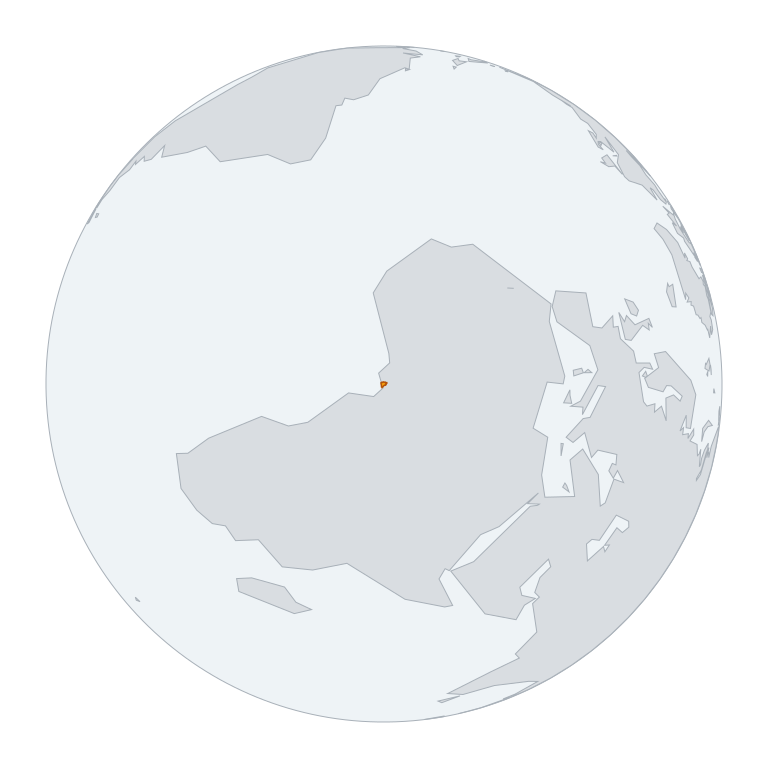 Akwa Ibom highlighted on a globe, orthographic projection, rotated 85°
{"feature_id": "NGA-2842", "entity_name": "Akwa Ibom", "entity_type": "State", "adm_level": 1, "iso_a3": "NGA", "parent_name": "Nigeria", "parent_adm1": "", "projection": "orthographic", "projection_center": [7.82, 5.014], "detail": "fine", "context": "on_globe", "style": "filled", "palette": "amber", "viewbox_px": 768, "rotation_deg": 85, "n_neighbors": 0, "source": "natural_earth", "source_scale": "10m", "svg_char_len": 8912}
<svg xmlns="http://www.w3.org/2000/svg" viewBox="0 0 768 768"><g transform="rotate(85 384 384)"><circle cx="384" cy="384" r="338" fill="#eef3f6" stroke="#a8b0b8"/><path d="M262.7,68.6L265.9,67.4L271.3,65.4L274.2,64.4L278.4,63.0L280.4,62.4L271.0,65.7L268.6,66.5L266.9,67.2L261.3,69.3L265.2,67.9L253.6,72.6L268.0,67.3L261.1,70.6L252.6,74.0L249.8,74.4L231.3,82.6L262.7,68.6ZM200.2,100.5L190.9,107.7L181.9,114.2L172.5,122.4L179.0,117.8L188.7,110.1L198.6,104.8L209.3,97.0L214.9,94.2L227.4,86.9L229.3,87.5L224.4,92.5L214.1,99.0L211.7,101.8L224.6,95.9L208.4,109.5L203.0,122.1L198.4,126.3L183.8,132.3L176.0,130.4L157.1,142.4L173.1,134.7L161.3,147.1L161.0,149.6L163.9,149.6L169.8,145.2L166.6,150.0L149.5,158.3L152.2,154.0L157.6,151.1L153.8,150.8L142.2,158.3L137.2,165.0L125.0,172.5L121.2,177.8L116.5,183.0L123.3,173.8L110.8,191.0L95.7,208.8L78.4,241.5L91.3,215.3L92.3,213.4L106.4,191.3L122.2,170.3L139.6,150.6L158.5,132.4L178.7,115.6L200.2,100.5ZM58.1,294.6L57.0,298.9L58.1,294.6ZM51.4,324.2L50.2,331.4L51.2,329.1L51.4,336.2L55.1,323.0L59.5,316.7L55.9,336.2L61.2,319.2L61.6,329.4L72.6,331.5L70.8,335.7L79.5,361.4L94.7,374.4L98.2,389.5L95.8,398.1L102.4,401.7L102.6,407.6L134.0,420.7L154.3,437.5L156.6,458.0L145.2,479.9L148.3,527.8L131.5,540.8L136.2,559.7L138.7,585.7L127.3,581.7L139.9,596.3L141.2,603.5L136.4,602.9L143.6,612.4L140.4,611.7L148.3,618.7L155.3,629.6L167.4,640.2L175.6,648.8L183.7,654.9L182.4,654.3L184.1,656.0L188.4,659.1L178.8,652.5L162.3,639.0L155.6,632.8L153.5,631.1L137.8,614.5L140.1,617.5L117.7,590.8L103.7,569.1L72.9,503.6L67.1,489.7L59.0,472.2L48.1,420.5L46.7,400.8L46.2,390.9L48.2,364.0L50.4,337.3L50.5,333.1L48.8,342.4L49.7,334.5L51.4,324.2ZM71.1,256.3L73.3,252.6L70.1,271.2L67.1,271.8L68.6,269.0L70.4,261.7L72.1,254.6L71.1,256.5L71.1,256.3ZM82.7,235.4L82.8,233.7L83.3,234.0L82.7,235.4ZM225.5,87.2L226.4,87.0L223.6,88.4L225.5,87.2ZM230.1,84.4L226.2,86.1L227.8,85.1L230.2,84.0L230.1,84.4ZM234.5,82.6L231.1,83.1L234.0,81.5L245.4,76.3L234.5,82.6ZM291.9,58.9L292.8,58.6L288.9,59.7L281.1,62.1L291.9,58.9ZM287.7,60.1L293.8,58.5L291.0,59.5L282.0,61.9L287.7,60.1ZM284.8,63.3L284.2,62.8L289.1,61.1L284.8,63.3ZM296.2,57.8L297.1,57.5L299.0,57.0L302.3,56.3L296.2,57.8ZM311.3,54.1L300.6,57.0L300.6,57.9L296.2,59.3L297.0,57.7L311.3,54.1ZM309.2,54.5L309.5,54.5L303.8,55.8L300.1,56.7L309.2,54.5ZM312.4,54.0L315.0,53.4L313.1,53.9L312.4,54.0ZM321.5,52.1L318.0,52.9L315.3,53.3L321.5,52.1ZM322.5,51.7L326.4,51.1L316.5,53.0L321.3,51.9L322.5,51.7ZM333.5,50.5L321.6,52.8L315.8,53.6L328.1,51.1L333.5,50.5ZM198.8,665.8L181.6,654.6L189.4,659.9L184.6,655.7L197.4,663.8L198.8,665.8ZM189.1,655.3L189.6,653.4L192.7,655.2L193.0,657.0L189.1,655.3ZM718.9,338.7L718.8,338.1L715.2,316.7L707.3,286.3L708.1,292.8L704.4,280.5L693.7,256.8L692.8,265.8L694.0,300.3L700.2,332.4L697.9,347.5L680.1,302.9L668.8,273.1L664.4,276.7L644.4,253.4L615.7,255.1L609.8,247.8L604.8,252.0L590.4,245.5L580.6,233.8L572.8,235.4L598.3,266.4L606.6,265.1L610.8,251.9L616.6,263.4L630.3,273.0L621.8,303.4L576.2,333.8L568.8,310.1L518.5,248.9L518.3,241.9L518.0,241.1L517.2,239.7L515.7,251.3L506.0,239.7L536.1,281.8L542.5,300.9L575.6,335.3L573.3,339.2L583.0,346.2L610.6,334.9L611.4,343.0L600.3,381.8L559.4,436.6L563.1,471.3L557.3,501.3L528.2,522.7L527.1,545.5L511.5,554.3L508.1,567.2L493.4,581.5L470.4,595.3L435.2,596.9L435.9,585.4L422.7,563.4L405.6,508.8L417.5,482.9L415.5,463.2L389.8,420.1L395.6,395.4L388.0,385.4L372.7,388.4L363.5,376.5L354.0,376.5L292.3,386.8L271.8,371.4L243.6,324.2L253.5,305.0L252.5,283.4L318.8,210.6L336.1,213.9L391.9,203.2L399.5,205.5L396.3,221.3L441.0,239.3L451.3,225.5L488.4,234.9L510.8,233.6L512.7,203.9L475.9,205.3L466.1,191.7L492.8,178.4L524.5,179.2L521.7,174.0L498.8,163.2L503.1,153.9L490.6,158.9L497.8,163.8L490.1,167.6L483.0,163.5L484.8,160.0L474.5,158.2L468.5,176.7L475.3,183.7L449.9,188.3L458.7,200.8L452.9,207.2L435.8,188.6L435.2,181.6L405.9,163.5L404.2,170.9L431.8,189.0L424.4,187.8L422.4,199.9L418.2,189.8L388.5,169.7L363.7,175.6L337.1,206.3L321.5,209.7L306.2,204.7L310.9,174.9L345.1,171.0L347.2,162.0L336.0,150.2L347.4,150.6L347.0,145.8L359.5,144.5L373.0,132.5L385.1,130.9L386.3,117.4L392.7,115.1L390.1,123.4L394.8,129.0L424.3,127.0L428.9,124.0L427.3,115.8L435.6,117.0L430.3,109.5L445.3,106.1L422.6,104.4L420.1,96.5L426.9,90.5L422.1,88.0L410.9,98.1L410.2,102.6L416.1,106.7L410.4,120.9L401.1,123.8L391.6,109.0L377.4,112.1L376.2,100.7L407.0,78.0L421.9,74.3L455.0,82.6L453.9,86.8L441.4,85.6L456.6,93.2L453.6,89.4L460.5,90.9L460.0,85.1L464.8,86.0L455.9,79.4L461.8,79.9L467.4,84.1L471.5,77.4L482.7,78.0L481.3,76.2L476.6,74.1L493.9,77.1L492.1,75.7L485.8,74.1L478.0,70.6L471.1,66.0L477.5,67.3L480.9,69.1L497.5,75.4L505.4,81.0L507.3,81.2L501.9,76.7L481.7,68.8L475.7,65.8L485.6,68.9L481.5,67.5L480.6,66.5L485.6,66.9L474.8,63.5L455.5,54.4L463.3,55.6L474.2,58.5L471.9,57.7L495.6,65.0L518.6,74.1L541.0,84.8L562.5,97.1L583.0,110.9L602.5,126.2L620.8,142.9L637.8,160.9L653.5,180.1L667.7,200.4L680.4,221.7L691.5,243.8L700.9,266.7L708.7,290.3L714.7,314.3L718.9,338.7ZM300.0,246.4L299.1,252.8L300.0,246.4ZM561.0,196.2L578.0,196.8L565.0,179.5L570.4,178.6L564.0,173.5L563.9,178.3L547.5,164.5L552.8,159.5L548.0,152.6L542.1,152.2L534.9,164.0L558.5,183.1L556.9,190.4L561.0,196.2ZM73.0,331.3L73.9,335.4L71.8,335.1L73.0,331.3ZM64.2,279.4L64.7,280.3L64.2,283.5L63.3,284.1L64.2,279.4ZM74.6,284.4L76.4,286.7L73.5,287.5L74.6,284.4ZM70.2,273.7L73.1,283.3L67.6,287.5L66.2,281.8L68.6,281.0L70.2,273.7ZM77.4,245.8L77.1,247.4L75.5,250.7L77.4,245.8ZM83.1,235.7L82.7,235.9L83.9,233.0L83.1,235.7ZM162.4,146.6L163.6,146.1L165.4,147.1L162.3,148.8L162.4,146.6ZM187.1,141.1L181.4,149.1L183.3,144.1L177.8,147.4L175.1,141.9L196.0,128.2L187.0,135.0L187.1,141.1ZM177.2,132.2L176.6,136.3L176.5,132.4L177.2,132.2ZM332.7,124.1L338.3,126.4L335.5,131.8L320.2,136.8L324.1,128.7L332.7,124.1ZM346.9,128.8L341.7,114.4L351.0,111.7L346.6,115.4L353.3,115.1L348.1,121.2L362.1,133.9L360.6,139.7L333.1,143.9L342.9,138.9L336.9,136.5L346.9,128.8ZM311.9,91.5L309.8,87.7L332.7,86.3L332.1,90.2L316.8,94.5L308.5,92.7L311.9,91.5ZM255.3,74.5L253.0,74.9L255.6,73.8L259.7,72.5L255.3,74.5ZM284.1,63.2L268.1,72.1L264.7,72.8L259.5,78.5L248.4,82.8L252.1,78.8L239.7,87.0L238.6,85.1L231.2,90.8L240.7,81.3L239.2,80.8L245.1,79.5L255.3,75.4L259.3,73.4L269.5,67.9L271.4,65.7L281.9,62.2L288.8,60.3L289.9,60.2L282.8,62.3L289.4,60.8L280.0,64.0L284.1,63.2ZM363.5,53.4L354.7,53.6L366.5,55.5L357.1,56.8L359.0,56.9L353.5,58.9L350.3,62.0L345.5,62.4L346.3,63.5L342.7,65.3L342.2,67.0L333.4,68.8L332.1,71.3L328.7,70.8L328.8,74.9L324.8,72.8L319.8,75.5L326.3,76.1L280.3,86.0L264.1,93.5L252.7,101.4L247.4,98.0L254.7,89.1L268.6,79.1L284.9,73.1L279.6,73.2L285.8,70.6L287.4,71.6L288.7,68.6L294.3,66.9L306.6,61.0L304.9,59.0L309.4,57.2L312.8,57.2L314.8,55.6L324.4,54.7L327.8,53.6L340.5,52.1L345.2,53.5L348.7,52.4L358.5,51.8L363.5,53.4ZM337.0,50.1L344.7,50.3L343.3,51.5L321.7,53.7L317.2,54.8L303.3,57.3L305.6,55.8L309.4,55.1L313.6,54.2L311.2,55.0L316.2,53.7L321.6,52.9L327.0,51.8L328.0,52.1L337.0,50.1ZM406.0,199.3L411.5,199.7L419.6,198.7L418.4,206.7L406.0,199.3ZM385.5,185.7L390.2,184.4L392.5,194.2L386.8,194.3L385.5,185.7ZM390.8,176.0L390.2,183.6L387.2,179.5L390.8,176.0ZM394.2,122.2L398.9,121.0L400.2,122.8L398.5,125.9L394.2,122.2ZM396.5,62.9L391.6,61.9L392.6,61.3L386.8,58.1L393.3,57.5L399.4,59.1L396.5,62.9ZM507.6,209.1L502.3,215.0L498.4,212.4L501.0,210.9L507.6,209.1ZM459.1,210.6L471.1,213.9L458.6,212.8L459.1,210.6ZM402.6,61.6L399.5,60.3L404.7,60.9L402.6,61.6ZM397.8,56.9L403.6,57.2L393.4,57.1L397.8,56.9ZM579.6,646.0L577.8,649.6L574.7,650.3L579.6,646.0ZM604.9,493.4L578.0,546.7L565.0,547.8L565.6,532.7L577.6,500.8L593.7,490.8L602.4,475.9L604.9,493.4ZM721.7,373.1L720.0,353.2L720.5,353.4L720.8,356.5L721.7,373.1ZM701.3,335.4L706.5,354.2L704.6,357.8L701.3,335.4ZM453.9,60.5L454.7,65.0L459.6,69.2L469.1,72.6L456.0,70.4L448.5,63.8L453.9,60.5ZM454.7,54.7L446.3,52.8L449.6,53.1L451.9,53.6L454.7,54.7ZM449.9,53.8L440.3,52.7L435.4,51.4L443.9,52.5L449.9,53.8ZM421.7,55.2L421.5,56.4L417.3,55.8L421.7,55.2Z" fill="#d9dde1" stroke="#a8b0b8" stroke-width="1"/><path d="M386.8,385.4L386.9,385.6L387.0,385.7L387.0,385.8L386.9,385.9L386.9,386.0L387.0,386.1L387.2,386.3L386.9,386.4L386.9,386.5L386.7,386.8L386.4,386.8L386.1,386.7L385.6,386.7L385.4,386.7L385.2,386.7L385.0,386.8L384.9,386.8L384.7,386.8L383.7,386.9L383.4,387.0L383.5,387.0L383.3,387.0L383.1,387.0L383.1,386.9L382.5,386.9L382.4,386.8L382.3,386.7L382.5,386.6L382.4,386.5L382.3,386.4L382.3,386.2L382.4,385.8L382.3,385.7L382.2,385.3L382.1,385.2L382.1,384.9L381.9,384.7L382.0,384.5L381.9,384.2L382.0,384.0L382.2,383.8L382.3,383.5L382.2,383.2L382.3,382.6L382.3,382.4L382.5,382.2L382.8,382.2L383.0,382.1L383.0,381.9L382.8,381.9L383.0,381.5L382.9,381.1L383.1,381.0L383.3,381.0L383.6,381.2L383.8,381.5L384.1,381.7L384.5,381.9L384.3,382.1L384.4,382.4L384.4,382.5L384.6,382.6L384.9,382.5L385.1,382.5L385.3,382.7L385.4,382.8L385.4,383.5L385.5,383.9L385.6,384.2L385.8,384.5L386.5,385.2L386.7,385.4L386.8,385.4L386.8,385.4Z" fill="#f59e0b" stroke="#b45309" stroke-width="1.5"/></g></svg>